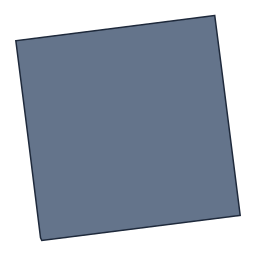 the district of Madison, Nebraska, United States of America, rotated 353°
{"feature_id": "52423323B9058174169797", "entity_name": "Madison", "entity_type": "district", "adm_level": 2, "iso_a3": "USA", "parent_name": "United States of America", "parent_adm1": "Nebraska", "projection": "orthographic", "projection_center": [-97.658, 41.917], "detail": "fine", "context": "isolated", "style": "filled", "palette": "slate", "viewbox_px": 256, "rotation_deg": 353, "n_neighbors": 0, "source": "geoboundaries", "source_scale": "gbopen_adm2", "svg_char_len": 259}
<svg xmlns="http://www.w3.org/2000/svg" viewBox="0 0 256 256"><g transform="rotate(353 128 128)"><path d="M28.7,229.1L228.7,228.4L228.1,77.3L227.8,26.9L27.3,27.7L27.7,128.2L27.8,226.3L28.7,229.1Z" fill="#64748b" stroke="#1e293b" stroke-width="1.5"/></g></svg>